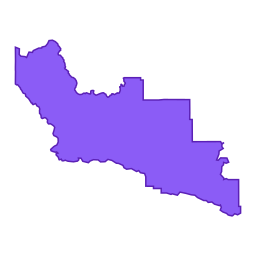 Sanders, Montana, United States of America
{"feature_id": "52423323B19966710463863", "entity_name": "Sanders", "entity_type": "district", "adm_level": 2, "iso_a3": "USA", "parent_name": "United States of America", "parent_adm1": "Montana", "projection": "natural_earth1", "projection_center": [-115.304, 47.691], "detail": "fine", "context": "isolated", "style": "filled", "palette": "violet", "viewbox_px": 256, "rotation_deg": 0, "n_neighbors": 0, "source": "geoboundaries", "source_scale": "gbopen_adm2", "svg_char_len": 4084}
<svg xmlns="http://www.w3.org/2000/svg" viewBox="0 0 256 256"><path d="M15.4,47.2L15.5,61.3L15.4,66.9L15.4,68.6L15.4,70.2L15.5,71.2L15.4,80.5L15.4,83.9L15.4,84.0L16.6,84.9L17.6,84.7L20.4,88.0L20.4,88.7L21.9,90.7L22.6,92.2L23.3,93.2L25.0,93.7L25.5,94.3L25.7,96.1L28.6,98.6L31.4,103.0L32.3,103.2L32.4,104.0L33.1,104.6L35.5,103.6L36.3,104.6L36.8,105.8L39.1,107.1L39.8,109.1L39.5,110.1L39.6,113.5L40.5,114.2L41.1,115.9L41.1,117.2L41.5,118.0L42.3,118.5L44.9,117.6L45.7,117.9L47.6,119.8L47.3,122.1L48.0,123.3L48.5,123.9L49.6,123.9L50.3,123.7L52.2,124.8L53.7,125.9L54.7,127.3L54.1,130.0L53.0,133.6L53.8,135.5L55.8,136.5L56.4,136.6L58.1,138.3L58.2,142.1L56.8,145.0L54.7,146.0L53.7,146.7L50.7,149.4L51.0,150.7L52.5,151.4L55.3,152.2L56.7,152.0L57.9,153.1L56.2,153.7L56.1,154.9L58.2,157.1L59.1,159.7L59.5,159.8L61.3,159.2L62.2,160.8L63.6,160.8L65.3,160.2L65.9,160.5L67.9,161.2L73.5,161.8L77.5,161.1L78.8,159.8L78.4,158.1L81.0,158.2L82.8,161.3L88.4,162.7L90.1,161.0L93.4,159.7L98.1,159.9L100.6,161.9L105.1,161.7L107.9,159.4L111.9,160.4L116.3,163.2L118.6,163.4L123.0,165.4L124.0,167.7L126.6,169.2L131.4,168.6L136.6,171.5L138.7,170.6L140.4,172.7L144.6,173.5L145.8,176.8L145.8,186.2L153.5,186.3L153.5,188.5L161.2,188.5L161.2,193.0L166.6,193.0L171.0,194.4L172.2,193.8L177.4,195.2L180.0,192.1L186.1,193.4L191.3,194.8L194.9,195.2L197.5,197.5L203.7,200.5L206.4,200.6L208.2,202.4L211.9,202.0L214.4,204.1L219.4,205.6L220.4,205.0L221.3,207.3L220.2,210.1L222.9,212.0L226.6,213.4L228.2,215.0L228.3,215.0L228.6,215.0L228.9,215.2L229.2,215.2L229.9,215.5L230.2,215.5L230.5,215.5L231.1,215.6L231.3,215.8L231.7,215.7L231.8,215.8L232.1,215.8L232.5,215.8L234.7,213.7L237.6,214.8L240.6,213.1L240.6,206.4L238.7,206.4L238.6,179.6L228.2,179.6L226.2,178.6L223.7,179.5L223.9,178.2L220.4,174.3L221.6,171.6L221.8,166.5L223.5,164.8L223.6,162.4L226.2,163.2L228.7,162.2L226.9,158.0L220.6,157.9L218.2,160.3L216.6,160.0L218.9,154.2L219.1,151.0L223.2,148.5L221.9,146.7L221.9,144.3L224.0,142.6L221.7,143.6L220.6,141.6L192.3,141.7L192.2,119.5L189.7,119.4L189.8,112.8L189.7,99.6L163.9,99.5L158.7,100.0L143.2,100.0L143.2,80.0L140.6,80.0L140.6,77.7L139.4,77.7L137.0,77.7L131.6,77.7L127.9,77.7L124.1,77.7L123.4,78.2L123.6,78.6L123.8,79.1L123.9,80.0L123.9,81.2L124.4,81.9L124.9,82.4L125.3,83.2L125.1,83.8L124.4,84.3L124.3,85.1L124.1,86.1L123.5,86.2L122.8,86.3L122.4,85.5L121.8,84.6L121.2,84.3L120.9,84.7L121.0,85.0L120.9,85.9L120.4,86.7L119.8,86.8L119.8,87.5L120.1,87.8L120.2,88.6L120.3,89.2L120.1,89.8L120.3,90.3L120.0,91.1L119.6,92.1L119.4,92.6L119.2,93.0L118.7,93.1L118.2,93.0L117.6,93.2L117.2,92.9L116.7,93.3L116.1,93.6L115.5,94.0L114.6,94.5L113.8,94.3L113.1,93.8L111.9,93.8L111.6,94.4L111.7,94.7L111.0,95.1L110.2,95.3L109.5,96.3L108.8,96.8L108.4,97.1L107.8,97.2L107.3,96.8L106.6,96.1L106.2,95.2L105.8,94.2L104.6,93.7L103.7,92.8L102.8,92.8L101.4,93.1L100.1,93.6L99.0,94.0L97.7,94.6L96.0,95.2L94.7,94.4L93.7,93.6L93.4,92.6L93.6,91.5L93.8,90.8L93.1,90.4L92.1,90.5L91.1,90.7L90.8,91.3L90.7,91.9L90.7,92.9L90.7,93.6L90.1,94.0L89.6,93.9L88.2,93.5L86.6,92.8L85.5,93.2L85.4,93.5L84.5,93.4L84.1,93.1L83.4,93.3L83.1,93.5L82.4,94.1L81.1,94.5L79.5,94.5L78.4,94.1L77.4,93.4L76.7,92.8L76.0,91.9L75.5,90.9L74.8,90.1L74.7,89.1L75.0,88.2L75.8,87.2L76.0,86.0L76.5,85.0L76.7,83.9L76.9,83.2L76.7,82.4L76.4,81.4L76.2,80.7L75.9,80.3L75.6,79.9L75.4,79.3L74.9,78.8L74.2,78.3L73.6,77.7L73.0,77.5L72.0,77.3L71.2,76.8L70.9,76.3L70.3,75.7L69.6,75.2L69.4,74.5L69.3,74.1L68.7,73.6L68.2,73.0L68.3,72.4L68.5,71.6L68.3,71.2L67.4,70.7L67.1,70.4L66.4,69.7L65.7,69.3L65.0,68.9L64.9,68.5L64.7,68.1L65.0,68.0L65.4,67.4L65.5,66.6L65.0,65.8L65.0,65.1L65.0,64.1L64.7,63.2L64.5,62.5L63.7,61.5L64.0,60.1L63.1,59.1L62.7,58.4L62.8,57.9L62.2,57.3L61.5,56.8L60.9,55.9L60.5,55.3L59.1,55.1L58.3,54.7L58.1,53.5L58.3,52.9L58.7,52.3L59.4,51.3L59.7,50.7L60.3,50.6L60.6,50.4L60.6,50.1L60.6,49.2L60.7,48.6L60.0,47.8L59.5,46.9L58.9,46.2L58.3,45.9L57.7,43.8L55.3,41.6L52.4,40.2L49.0,40.6L47.6,43.6L45.5,46.2L42.0,47.0L41.7,48.0L38.7,48.1L33.3,50.6L32.4,52.4L29.0,52.1L26.6,57.5L25.0,56.6L20.8,56.2L19.2,54.4L19.4,48.8L15.4,47.2Z" fill="#8b5cf6" stroke="#5b21b6" stroke-width="1.5"/></svg>